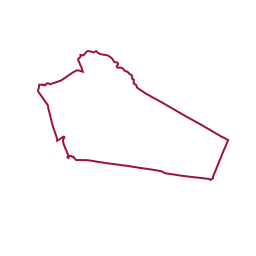 the district of Chau Thanh, An Giang, Vietnam, rotated 208°
{"feature_id": "81297802B33105171569216", "entity_name": "Chau Thanh", "entity_type": "district", "adm_level": 2, "iso_a3": "VNM", "parent_name": "Vietnam", "parent_adm1": "An Giang", "projection": "albers", "projection_center": [105.281, 10.427], "detail": "fine", "context": "isolated", "style": "outline", "palette": "rose", "viewbox_px": 256, "rotation_deg": 208, "n_neighbors": 0, "source": "geoboundaries", "source_scale": "gbopen_adm2", "svg_char_len": 5732}
<svg xmlns="http://www.w3.org/2000/svg" viewBox="0 0 256 256"><g transform="rotate(208 128 128)"><path d="M30.9,120.9L30.1,122.0L29.4,123.7L29.6,124.0L29.9,124.4L30.0,124.6L30.1,125.1L30.3,125.7L30.3,126.3L30.3,126.6L30.4,127.2L30.5,128.0L30.5,128.5L30.5,128.8L30.5,129.9L30.5,130.1L30.7,130.8L30.7,131.4L30.8,132.7L30.8,132.9L30.9,133.7L31.1,134.4L31.1,134.6L31.1,134.8L31.1,135.2L31.1,135.6L31.2,136.1L31.3,136.6L31.3,136.9L31.6,139.7L31.7,140.6L31.9,142.3L32.0,143.2L32.1,145.0L32.2,145.9L32.3,146.7L32.3,146.9L32.4,147.6L32.6,149.4L33.1,154.8L33.2,156.6L33.4,159.2L33.6,161.3L33.7,161.9L33.9,164.4L35.5,164.3L37.7,164.4L39.4,164.4L42.0,164.2L42.5,164.3L43.2,164.3L44.7,164.4L45.2,164.4L47.3,164.5L49.4,164.6L52.3,164.7L53.8,164.7L54.6,164.9L55.6,164.9L56.6,164.9L57.9,164.9L60.7,165.0L62.2,165.1L65.2,165.2L69.7,165.3L71.2,165.3L78.8,165.4L81.8,165.4L84.9,165.6L91.0,165.8L97.1,166.1L99.2,166.2L99.6,166.2L104.9,166.3L106.4,166.4L107.9,166.4L110.8,166.5L112.3,166.5L115.3,166.6L119.8,166.6L121.2,166.5L123.6,166.7L126.3,166.7L127.9,166.7L129.6,166.9L137.8,167.7L138.9,168.0L139.2,168.0L139.4,168.2L139.5,168.4L139.8,168.6L140.1,169.0L140.4,169.3L141.0,169.7L141.3,169.8L141.6,169.9L141.8,169.9L142.0,169.9L142.7,169.8L143.1,169.8L143.3,169.8L143.9,170.0L144.1,170.2L144.1,170.5L144.2,170.9L144.4,171.3L144.7,171.6L144.8,171.8L145.0,172.1L145.1,172.4L145.3,172.6L145.4,172.8L145.5,173.0L145.6,173.3L145.7,173.5L146.0,173.5L146.4,173.4L146.7,173.3L146.9,173.3L147.3,173.5L147.6,173.7L148.0,174.2L148.2,174.7L148.3,175.1L148.4,175.4L148.6,175.6L148.8,175.9L149.4,176.3L150.0,176.4L150.4,176.4L151.2,176.4L152.1,176.5L152.4,176.5L152.8,176.7L153.2,176.9L154.0,177.2L154.9,177.3L155.5,177.3L156.1,177.2L156.6,177.1L157.1,177.0L157.5,176.9L157.8,176.9L158.1,177.0L158.8,177.4L159.7,177.7L159.9,177.8L160.3,177.9L160.7,178.0L161.4,178.1L161.9,178.0L162.6,177.9L163.1,177.8L164.0,177.4L164.4,177.1L164.5,176.9L164.7,176.7L165.1,176.5L165.7,176.4L165.9,176.4L166.3,176.6L166.7,176.8L166.9,176.9L167.0,177.2L167.0,177.4L167.0,177.7L166.8,178.4L166.7,178.8L166.7,179.2L166.8,179.7L166.9,180.1L167.1,180.3L167.5,180.6L167.8,180.7L168.1,180.7L168.3,180.7L168.7,180.6L169.0,180.5L169.5,180.3L170.0,180.1L170.5,180.0L170.9,180.0L171.3,180.1L171.8,180.3L172.3,180.5L173.3,181.1L173.7,181.3L174.2,181.6L174.7,181.8L175.8,182.1L176.4,182.2L177.0,182.3L177.6,182.4L179.8,182.5L180.3,182.5L181.1,182.2L181.7,182.1L182.6,181.8L183.1,181.6L183.8,181.3L184.6,181.0L186.0,180.6L186.6,180.4L187.1,180.3L187.8,180.2L188.6,180.2L189.3,180.2L189.9,180.3L190.6,180.5L191.2,180.7L191.7,180.9L192.0,180.8L192.3,180.7L192.6,180.5L192.8,180.2L193.2,179.5L193.5,179.0L193.9,178.7L194.2,178.5L194.6,178.4L196.7,178.1L197.9,177.7L198.8,177.4L199.4,177.0L199.7,176.8L200.4,175.9L200.6,175.6L200.7,175.4L200.7,175.1L200.8,173.9L201.0,172.9L201.1,172.4L201.3,171.8L201.5,171.5L201.9,171.0L202.4,170.8L202.7,170.7L203.2,170.6L203.5,170.6L203.8,170.5L204.3,170.2L204.1,170.0L203.6,169.4L203.5,169.1L203.5,168.7L203.5,168.4L203.6,167.6L203.8,167.1L204.1,166.5L204.3,166.2L204.3,165.7L204.3,165.4L204.3,165.2L204.2,165.0L204.0,164.7L203.6,164.5L203.2,164.2L200.5,161.9L200.3,161.7L200.1,161.6L199.6,161.2L198.6,160.4L197.8,159.8L196.9,159.0L194.4,156.5L198.1,155.8L198.7,155.4L200.1,155.0L200.4,154.8L201.0,153.9L203.0,150.7L203.3,150.1L204.0,148.6L204.8,147.3L205.3,146.3L205.7,145.7L207.2,142.6L207.4,142.3L209.4,138.5L211.5,136.2L212.8,134.9L213.5,134.1L217.4,130.0L217.5,129.9L217.8,130.1L218.1,130.2L218.8,130.1L219.7,129.9L219.9,129.8L220.1,129.6L220.3,129.5L220.4,129.3L220.5,129.1L220.6,128.8L220.6,128.6L220.6,128.3L220.6,128.2L220.9,128.0L221.0,127.9L221.4,127.8L221.5,127.7L221.7,127.3L221.7,127.0L221.6,126.5L222.2,126.3L222.3,126.3L222.6,126.3L222.8,126.2L223.8,125.7L224.0,125.7L224.1,126.0L224.9,125.5L226.0,125.0L226.6,124.7L226.3,123.4L225.7,121.7L225.5,121.1L225.3,120.2L225.2,119.7L225.1,119.0L224.9,118.4L223.7,117.7L222.0,116.8L219.6,115.6L216.6,114.1L215.3,113.4L211.8,111.7L210.3,110.9L209.6,110.5L209.3,110.2L209.0,109.9L208.5,109.3L208.0,108.5L207.8,108.2L206.9,107.1L206.4,106.6L204.8,105.0L204.1,104.1L202.9,102.8L199.8,99.3L198.5,97.9L196.8,96.0L195.7,94.8L194.4,93.5L191.9,91.2L189.6,89.0L187.8,87.4L186.0,85.7L184.9,84.2L184.6,83.6L184.1,84.4L183.4,85.3L183.1,85.9L182.8,86.5L181.7,88.6L181.1,89.7L180.9,90.1L180.7,90.2L180.4,90.3L180.2,90.3L179.9,90.1L179.9,89.9L179.8,89.5L179.8,88.4L179.8,87.7L179.8,87.3L179.7,86.9L179.5,86.5L179.3,86.1L178.3,84.8L177.1,83.5L176.2,82.6L175.8,82.3L175.2,81.8L174.8,81.5L173.7,80.5L172.3,79.5L171.8,79.1L171.0,78.5L170.5,78.0L170.1,77.7L169.5,77.2L168.8,76.6L168.5,76.2L168.2,75.7L168.1,75.4L167.9,75.0L167.8,74.5L167.8,73.9L167.4,73.9L167.0,73.7L166.7,73.5L166.5,74.0L166.8,74.3L167.0,74.4L167.1,74.6L167.1,74.9L167.2,75.1L166.7,75.8L166.2,76.1L166.0,76.3L165.7,76.5L165.4,76.5L165.0,76.6L164.7,76.6L164.1,76.4L163.8,76.4L163.5,76.4L163.3,76.4L163.2,76.5L162.8,77.0L162.6,76.9L162.3,76.7L162.1,76.5L161.9,76.4L161.6,76.3L161.3,76.2L160.8,76.1L160.0,75.8L159.1,75.5L158.4,75.5L155.1,77.3L154.2,77.7L152.7,78.5L151.4,79.2L150.7,79.6L149.6,80.1L148.3,80.6L145.6,81.7L143.5,82.4L140.8,83.3L138.1,84.2L127.4,88.0L124.6,89.1L121.2,90.4L116.0,92.2L113.3,93.3L110.7,94.3L108.2,95.2L107.1,95.5L103.8,96.7L100.8,97.7L98.0,98.6L97.7,98.8L93.8,100.2L89.7,101.7L88.0,102.3L85.8,103.0L83.3,103.9L81.1,104.6L77.8,105.5L76.7,105.6L75.3,105.6L75.0,105.6L74.8,105.5L74.6,105.5L74.1,105.5L72.6,106.0L69.9,106.9L65.1,108.7L62.2,109.6L61.3,109.9L60.4,110.3L58.0,111.1L55.5,112.1L54.6,112.5L52.9,113.1L50.6,113.9L48.7,114.7L47.6,115.1L45.0,116.2L43.3,116.9L42.5,117.2L40.2,118.1L38.2,118.9L36.7,119.4L33.7,120.6L32.8,120.9L32.4,121.0L31.4,121.1L31.1,121.1L30.9,120.9Z" fill="none" stroke="#9f1239" stroke-width="2"/></g></svg>